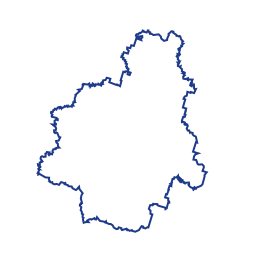 the district of Lithgow, New South Wales, Australia, rotated 188°
{"feature_id": "25037944B76556859341208", "entity_name": "Lithgow", "entity_type": "district", "adm_level": 2, "iso_a3": "AUS", "parent_name": "Australia", "parent_adm1": "New South Wales", "projection": "orthographic", "projection_center": [150.218, -33.32], "detail": "fine", "context": "isolated", "style": "outline", "palette": "blue", "viewbox_px": 256, "rotation_deg": 188, "n_neighbors": 0, "source": "geoboundaries", "source_scale": "gbopen_adm2", "svg_char_len": 5762}
<svg xmlns="http://www.w3.org/2000/svg" viewBox="0 0 256 256"><g transform="rotate(188 128 128)"><path d="M67.4,171.8L66.2,176.0L67.4,175.6L68.0,176.3L68.8,180.3L70.3,180.0L70.7,178.2L72.4,178.9L72.0,181.5L70.9,182.0L71.4,182.8L70.8,184.9L74.3,184.6L75.1,183.6L75.8,184.1L75.7,185.6L77.9,184.4L80.1,184.6L80.5,186.6L79.2,188.0L80.1,188.4L79.6,189.7L81.3,189.9L80.1,190.9L82.5,191.7L82.8,193.8L84.8,195.2L84.6,196.5L85.4,196.0L87.2,196.3L87.4,197.7L86.9,198.4L87.8,199.5L86.5,199.4L86.1,200.7L87.0,200.2L87.1,202.1L88.3,203.0L88.2,204.4L89.8,205.8L89.0,207.1L89.3,208.2L88.0,208.0L87.5,207.0L86.8,208.0L87.9,209.9L87.6,211.9L88.6,212.1L89.2,213.3L88.3,214.1L88.1,213.3L87.6,213.4L87.3,215.1L86.3,216.2L86.6,216.8L85.8,216.8L85.8,218.2L85.0,219.2L86.1,219.3L86.3,221.2L85.7,221.6L87.7,223.1L88.9,225.8L89.7,226.3L90.8,225.7L91.9,226.3L92.8,226.0L93.3,227.1L96.6,228.7L96.5,229.7L98.3,229.9L101.0,226.7L100.5,225.8L101.6,222.2L101.5,220.6L104.4,219.3L107.5,221.2L108.2,223.1L110.7,225.0L115.8,223.6L118.1,224.7L119.2,224.2L119.8,224.9L119.6,225.9L121.6,226.2L121.4,227.4L121.9,227.4L122.8,225.2L125.8,225.5L126.1,226.4L126.9,226.5L126.8,225.9L128.9,223.7L129.9,223.8L130.6,222.5L132.6,222.0L133.1,220.8L132.1,219.2L131.0,220.1L130.6,219.0L129.9,218.9L128.8,220.5L126.7,221.0L126.4,219.6L127.8,218.3L127.1,216.9L132.2,217.9L133.6,210.1L136.3,210.4L136.8,207.4L140.0,207.6L139.8,205.8L138.0,204.6L138.5,201.7L142.7,202.4L143.1,200.0L143.7,200.1L143.5,197.9L144.4,198.1L144.5,197.2L142.1,196.8L142.4,195.3L140.2,194.9L140.4,193.6L139.1,193.3L139.4,191.5L137.9,191.2L138.4,188.6L137.6,188.5L137.5,187.2L136.2,187.0L136.3,186.3L135.7,186.2L136.0,184.3L135.5,183.6L133.1,183.2L133.7,180.7L135.9,181.1L135.8,183.6L137.6,184.0L138.6,183.6L138.7,182.8L140.5,183.1L141.9,174.0L141.0,173.8L141.7,168.3L144.7,169.5L144.8,169.0L145.6,169.1L152.9,170.7L152.3,174.3L156.0,174.8L156.9,172.4L159.3,171.7L159.2,169.4L160.4,169.5L160.8,168.7L159.4,167.9L160.4,167.5L160.6,166.3L163.4,167.6L163.4,166.8L166.0,166.8L166.2,165.2L166.7,164.9L167.2,166.1L169.2,167.2L169.5,165.7L168.8,165.6L168.8,164.9L170.4,164.6L171.0,163.5L171.5,164.8L171.0,165.4L171.8,165.8L172.2,165.1L172.6,166.6L174.1,165.4L178.4,165.5L178.7,165.1L178.1,164.6L178.9,164.1L178.5,163.3L179.3,160.1L182.6,159.0L180.9,157.9L184.7,153.4L184.2,152.9L184.9,150.0L184.4,147.7L184.8,147.3L184.0,146.3L185.8,145.9L185.5,144.5L186.4,143.5L185.3,142.5L186.5,142.2L186.6,141.3L187.4,141.7L189.8,140.9L190.5,141.7L191.1,140.7L191.9,141.4L192.7,140.5L193.7,140.9L194.2,139.8L195.7,138.8L196.6,139.1L196.7,138.1L197.4,138.8L198.2,138.2L198.3,139.4L200.1,138.8L200.5,137.6L201.6,137.3L201.6,136.3L203.2,136.8L203.6,135.5L204.4,135.4L204.7,133.4L206.3,133.3L206.4,132.1L204.6,130.6L205.3,129.3L205.0,128.5L200.3,128.1L198.7,127.0L198.7,126.0L200.4,126.3L201.7,124.9L201.4,123.0L199.8,122.0L199.9,121.3L203.4,121.0L199.9,118.9L199.1,117.6L199.3,115.5L200.9,115.4L200.5,113.5L199.4,112.8L198.3,113.5L197.3,113.2L195.2,109.6L193.8,109.3L194.9,105.9L197.4,105.1L196.9,103.7L195.3,102.7L194.7,99.9L193.4,99.0L195.9,98.4L196.4,97.4L197.1,97.7L197.4,96.8L199.0,96.5L199.6,94.6L198.9,93.5L199.5,92.7L199.5,91.4L201.3,91.5L202.4,90.1L203.0,90.7L202.3,92.9L205.0,92.9L205.3,91.5L206.2,91.1L205.6,88.2L207.6,87.6L209.2,88.1L210.2,87.2L210.3,85.3L208.0,83.0L208.6,82.4L209.4,83.0L209.8,81.8L210.6,81.5L210.2,79.1L212.1,79.5L211.7,78.1L208.6,77.3L210.4,76.9L210.7,75.5L209.7,74.8L210.9,74.7L210.2,73.4L211.1,71.0L209.4,71.1L210.6,70.4L210.4,69.4L209.2,70.2L202.9,67.6L199.2,67.8L199.1,65.8L197.6,64.1L198.0,63.9L197.0,63.4L195.5,63.8L195.0,62.6L192.8,62.0L190.9,62.7L188.4,62.1L186.7,65.1L183.5,64.6L183.2,63.9L182.4,64.7L181.9,63.4L179.5,63.0L178.9,62.1L175.6,62.2L174.5,60.6L171.3,59.4L170.5,59.6L168.3,63.0L167.6,60.8L163.8,57.1L164.7,55.2L164.9,51.6L163.1,47.3L164.0,47.0L163.8,46.1L164.9,45.7L164.9,44.4L163.2,43.1L163.4,40.0L162.0,38.6L161.8,36.7L160.4,36.2L160.8,34.6L160.4,33.1L159.6,32.9L159.9,31.2L158.7,28.0L156.3,29.1L154.0,29.3L155.5,30.7L153.9,32.0L152.3,32.6L151.5,32.2L148.7,34.0L148.0,33.0L146.8,33.0L146.3,35.4L142.9,32.1L138.5,31.9L137.6,31.3L136.8,32.5L136.2,31.1L133.4,30.3L131.7,30.5L129.4,29.3L128.3,27.5L125.4,26.3L124.1,26.6L123.4,28.3L120.6,27.9L120.4,26.6L119.7,26.1L115.4,28.1L114.4,27.5L115.2,26.1L113.9,27.3L112.1,26.4L110.0,27.4L109.8,26.8L106.4,26.3L103.0,28.4L100.9,32.7L99.2,32.5L99.1,31.3L96.7,31.0L94.9,32.5L94.0,32.4L91.9,45.8L93.8,46.1L94.2,49.2L96.1,50.9L95.3,54.7L93.4,55.0L92.8,56.0L92.5,55.5L92.1,56.2L89.1,56.7L88.6,56.2L88.2,56.5L87.3,55.3L80.0,54.3L79.6,52.9L78.5,53.8L77.8,60.1L76.8,59.9L76.9,60.7L78.2,62.1L78.3,64.0L81.6,64.4L81.1,67.8L80.1,67.7L79.2,71.7L79.0,72.4L79.5,72.5L78.8,76.7L77.0,76.4L77.3,78.1L77.8,78.5L77.2,78.6L77.5,79.4L76.8,80.0L77.2,80.9L76.8,83.8L75.6,83.8L75.2,85.7L73.3,85.6L71.8,87.7L71.4,85.3L70.5,86.3L68.9,85.2L70.8,83.9L70.4,83.4L69.4,83.8L69.5,82.8L68.7,81.9L67.8,82.7L67.9,84.1L66.8,84.0L66.9,82.4L66.2,82.9L65.1,82.3L65.2,81.5L63.8,81.0L63.5,81.7L60.1,82.5L59.6,80.7L60.2,80.1L59.8,79.6L58.1,78.2L55.4,77.4L54.6,76.0L54.2,76.5L54.8,77.7L53.9,78.7L52.3,77.3L51.7,78.6L47.7,80.9L46.4,82.6L45.4,90.7L45.7,92.0L43.9,95.1L48.2,95.8L47.4,99.7L47.8,101.0L49.5,102.3L53.1,101.6L54.0,102.0L56.0,105.8L58.8,105.8L58.6,109.2L57.6,111.3L54.9,112.7L60.3,113.6L58.7,123.4L57.5,123.2L59.6,128.9L62.0,129.7L63.2,130.8L63.3,132.1L65.4,132.4L65.9,131.9L67.1,134.1L68.5,133.8L69.8,135.6L69.1,138.4L69.9,139.8L70.9,140.0L70.8,139.2L71.9,139.1L72.6,139.4L72.7,140.1L71.9,140.2L72.3,141.3L74.0,141.8L75.4,141.3L75.6,142.8L75.0,146.5L74.2,146.5L74.1,147.3L73.2,147.2L73.1,148.0L72.9,149.3L73.9,149.7L73.2,152.5L73.5,152.5L73.1,155.4L76.5,155.9L75.3,164.3L77.1,164.6L76.3,167.0L74.3,168.2L74.2,172.1L70.9,171.5L70.8,172.4L67.4,171.8Z" fill="none" stroke="#1e3a8a" stroke-width="2"/></g></svg>